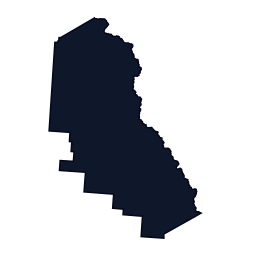 the district of Mitre, Santiago del Estero, Argentina, rotated 184°
{"feature_id": "61730980B33007651807911", "entity_name": "Mitre", "entity_type": "district", "adm_level": 2, "iso_a3": "ARG", "parent_name": "Argentina", "parent_adm1": "Santiago del Estero", "projection": "mercator", "projection_center": [-62.854, -29.629], "detail": "fine", "context": "isolated", "style": "filled", "palette": "ink", "viewbox_px": 256, "rotation_deg": 184, "n_neighbors": 0, "source": "geoboundaries", "source_scale": "gbopen_adm2", "svg_char_len": 5796}
<svg xmlns="http://www.w3.org/2000/svg" viewBox="0 0 256 256"><g transform="rotate(184 128 128)"><path d="M206.9,208.4L206.5,119.6L185.6,119.6L185.5,110.4L183.1,110.4L183.1,100.6L180.1,100.5L180.2,90.9L193.4,90.8L193.4,80.9L167.3,80.9L167.4,61.2L137.7,61.0L137.7,46.9L126.9,46.7L126.9,41.2L107.4,41.0L107.3,20.6L84.5,20.6L84.9,24.7L49.1,48.2L49.8,48.5L50.6,48.6L51.3,49.2L52.0,49.4L52.5,49.4L52.9,49.2L53.4,49.2L53.7,49.4L54.1,49.5L54.5,49.6L54.7,50.6L55.0,50.9L55.0,51.9L54.6,52.4L54.7,53.2L55.2,53.8L55.7,54.2L56.4,55.1L56.5,55.7L57.3,57.1L57.5,57.8L57.3,58.3L56.9,58.6L56.8,58.9L57.1,59.9L57.8,60.7L57.8,61.1L57.6,61.8L57.8,62.3L57.8,62.7L57.1,63.6L56.7,63.9L56.2,64.6L56.4,65.3L55.6,66.1L55.4,67.2L55.3,69.3L55.1,69.7L55.5,70.1L55.6,70.4L55.7,71.5L56.1,71.7L56.3,71.6L57.2,71.9L57.7,71.8L58.2,71.4L58.6,71.2L59.7,71.1L59.9,71.5L60.5,72.0L60.7,72.4L60.8,73.0L61.2,73.2L61.6,73.4L62.0,73.6L62.3,74.0L62.5,74.8L63.2,75.5L63.3,75.7L63.5,75.8L63.6,75.7L63.8,75.9L63.8,76.3L63.7,76.7L63.9,77.0L63.8,78.1L64.1,78.6L64.5,79.1L64.9,80.1L65.3,80.5L65.1,80.7L66.1,81.0L66.4,80.9L67.3,81.4L67.8,81.6L68.3,81.6L68.5,81.7L68.5,82.0L68.7,82.4L68.8,82.8L68.7,83.6L68.8,84.6L69.2,85.0L69.6,85.8L70.0,85.6L70.2,85.9L70.2,86.4L70.7,87.6L71.1,88.1L71.1,88.5L71.5,88.7L71.5,89.6L71.6,90.4L72.6,91.1L72.8,91.2L73.1,91.5L73.4,91.4L74.0,90.7L74.6,90.8L75.5,90.6L75.8,90.3L76.8,90.7L77.1,91.4L77.0,92.6L76.1,94.1L75.4,94.7L75.0,95.3L75.0,96.3L75.5,96.8L75.8,97.6L76.9,98.4L77.8,98.6L79.0,98.6L79.8,99.0L80.9,100.2L81.2,102.1L81.5,102.5L82.6,103.0L83.0,103.3L83.2,103.7L83.5,104.1L83.6,104.6L83.3,105.2L83.7,106.1L83.6,107.5L84.0,108.3L85.3,109.9L86.0,110.4L86.8,110.6L87.4,110.4L90.1,110.3L90.9,110.7L91.2,111.0L91.5,111.4L91.5,111.9L91.3,112.6L91.6,113.1L91.7,113.4L92.3,113.9L92.4,114.3L91.7,115.1L91.9,115.5L91.2,115.7L91.2,116.2L91.8,116.5L92.2,117.3L92.8,117.5L93.2,118.2L93.5,118.5L93.5,120.2L94.0,120.2L94.5,120.6L95.6,120.7L96.1,121.2L96.3,122.0L97.7,123.2L98.4,125.2L98.0,125.4L97.8,125.9L98.4,126.3L100.3,126.4L100.7,126.8L101.0,126.9L102.0,127.5L102.2,128.0L103.6,129.1L103.9,129.6L104.3,130.1L104.8,130.2L106.0,129.8L107.0,129.8L108.1,129.6L109.0,129.6L109.5,129.9L109.6,130.5L110.0,131.1L110.2,131.7L110.2,132.1L110.3,132.5L110.9,132.2L111.5,132.4L111.9,132.9L112.4,133.1L112.7,133.3L113.4,133.4L113.6,133.6L113.8,133.4L114.1,133.9L113.8,134.4L114.0,134.9L114.1,135.5L114.8,135.6L115.2,135.9L115.4,136.2L115.6,136.9L116.4,137.0L116.7,137.3L117.1,137.5L117.5,137.6L117.7,138.0L117.6,138.5L117.8,138.7L117.4,139.3L117.5,140.3L117.8,140.7L117.9,141.0L117.7,141.5L117.9,142.4L117.8,142.9L117.5,143.3L117.8,144.0L117.7,144.4L117.5,144.9L117.4,145.5L117.0,145.8L116.8,146.2L116.8,146.8L116.9,147.0L116.8,147.8L117.9,148.4L118.2,148.7L118.2,149.1L117.9,149.9L117.8,150.5L117.3,151.3L116.7,151.8L116.7,152.4L116.8,153.1L117.2,153.5L117.3,153.9L117.3,154.7L117.3,155.3L116.9,155.7L116.8,156.7L116.6,157.2L116.6,157.8L118.2,159.6L120.3,159.6L120.9,160.2L121.1,160.8L121.8,161.7L122.6,161.6L123.1,162.4L123.2,163.3L122.7,164.2L123.0,164.7L124.0,165.6L124.7,166.1L125.1,166.2L125.7,166.0L126.1,166.2L126.3,166.7L125.8,166.9L125.9,167.8L125.5,168.8L125.5,169.5L125.8,170.1L125.6,170.7L126.1,171.5L126.1,172.3L126.0,172.8L125.5,173.4L125.4,174.0L125.5,174.7L125.8,174.7L125.7,175.0L125.9,175.3L126.1,175.5L126.4,175.5L126.5,175.6L126.5,175.8L125.9,176.0L125.4,176.7L125.7,178.0L126.1,178.7L126.0,179.0L126.1,179.3L125.7,179.8L125.6,180.2L125.4,180.2L125.0,180.0L124.7,180.1L124.5,180.4L124.2,180.5L123.6,180.5L123.2,180.3L122.7,180.4L122.2,180.3L121.9,180.8L120.9,181.4L121.2,181.7L121.3,182.3L120.4,183.1L119.8,184.0L119.8,185.3L120.0,185.7L120.0,185.8L119.8,185.9L119.5,186.2L119.4,186.7L119.2,186.9L118.9,187.3L119.0,187.6L119.1,188.5L119.3,189.1L120.1,189.3L120.4,189.6L120.8,189.3L121.6,189.7L121.8,189.9L121.8,190.1L121.5,190.4L121.5,190.6L121.7,191.0L121.5,191.5L121.4,192.0L122.0,192.7L122.3,192.8L122.4,193.0L122.4,193.3L122.3,193.7L122.2,193.9L122.4,194.1L122.3,194.5L122.3,194.8L122.5,195.3L122.9,196.4L122.9,196.9L123.1,197.0L123.5,197.0L124.6,196.7L124.9,197.3L125.3,197.4L125.6,197.4L126.0,197.6L126.1,197.8L126.5,198.0L127.2,198.0L127.3,198.1L127.3,198.4L127.1,198.8L127.2,199.6L127.0,199.9L127.3,200.5L127.3,200.9L127.5,201.1L127.5,201.6L127.6,202.0L127.8,202.2L128.1,202.3L128.4,202.5L129.1,203.2L129.2,203.6L129.2,204.4L129.5,205.0L130.1,205.8L130.3,206.6L130.5,207.5L130.1,207.5L130.0,208.2L129.7,208.7L129.4,208.8L129.3,209.1L129.1,209.4L129.0,209.9L129.0,210.3L129.1,211.1L129.9,211.8L130.9,212.2L131.5,211.9L132.3,212.3L132.7,212.3L133.4,212.6L133.7,212.9L134.7,212.7L135.7,212.6L137.5,212.7L137.9,213.0L138.3,213.4L139.1,214.6L139.6,215.1L139.9,215.9L140.7,216.5L141.1,216.5L141.3,216.7L142.1,216.8L142.5,217.1L142.8,217.4L143.0,218.0L143.2,218.4L143.5,218.4L143.7,218.7L144.0,218.8L144.4,218.8L144.9,218.6L145.1,218.9L145.3,219.0L145.8,219.0L146.1,218.7L146.6,218.4L147.8,218.5L148.1,218.4L148.4,218.3L149.3,218.3L149.7,218.5L150.0,218.9L150.0,219.1L150.7,219.2L151.1,220.1L151.9,220.3L152.7,220.1L153.2,220.2L153.6,220.4L154.2,220.5L154.5,220.7L155.0,220.5L155.9,220.8L156.2,220.9L156.5,220.6L156.8,220.7L157.1,220.7L157.7,221.2L158.8,222.6L159.0,223.0L158.6,223.5L158.6,223.8L158.3,224.8L158.0,225.2L158.0,225.6L157.5,226.2L156.9,226.6L156.7,226.9L156.5,227.5L156.0,227.9L155.7,228.2L155.6,228.6L155.1,229.2L154.7,229.8L154.7,230.0L154.8,230.2L155.3,230.7L155.3,230.9L155.5,231.1L155.7,231.5L156.3,232.0L156.7,232.3L156.9,232.6L157.1,233.5L157.5,233.7L157.9,234.1L158.3,234.4L158.5,234.7L158.9,235.1L159.2,235.0L160.1,235.1L160.6,235.0L161.0,234.6L161.6,235.1L161.9,234.9L163.5,235.0L163.5,234.8L164.9,234.6L166.1,234.5L167.1,234.8L168.2,234.7L169.1,235.0L169.2,235.4L201.6,213.4L203.1,213.4L203.1,211.0L204.8,208.4L206.9,208.4Z" fill="#0f172a" stroke="#020617" stroke-width="1.5"/></g></svg>